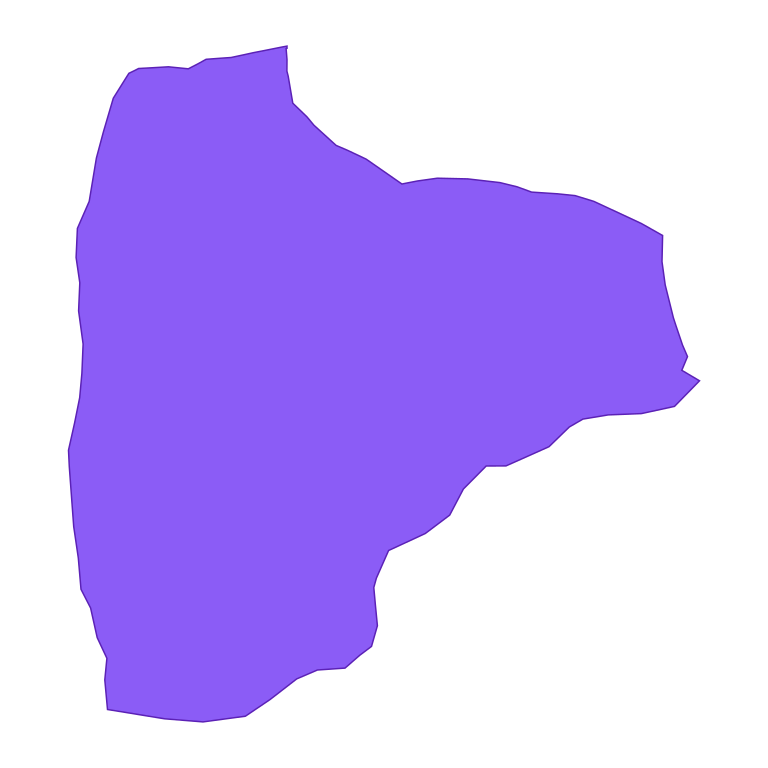 the district of Etrek, Balkan, Turkmenistan
{"feature_id": "10190150B33098588070062", "entity_name": "Etrek", "entity_type": "district", "adm_level": 2, "iso_a3": "TKM", "parent_name": "Turkmenistan", "parent_adm1": "Balkan", "projection": "orthographic", "projection_center": [54.674, 38.185], "detail": "fine", "context": "isolated", "style": "filled", "palette": "violet", "viewbox_px": 768, "rotation_deg": 0, "n_neighbors": 0, "source": "geoboundaries", "source_scale": "gbopen_adm2", "svg_char_len": 1313}
<svg xmlns="http://www.w3.org/2000/svg" viewBox="0 0 768 768"><path d="M113.3,98.2L103.4,131.9L96.4,158.0L89.2,201.4L77.4,228.4L76.1,257.5L79.8,282.8L78.6,310.9L83.1,344.0L81.9,373.2L79.7,397.6L74.6,422.9L68.5,450.2L69.3,466.8L71.9,502.0L73.7,526.5L78.3,557.9L81.0,589.3L90.6,608.0L97.2,637.6L106.9,658.3L104.8,679.9L107.5,709.5L164.6,718.8L203.0,721.9L245.4,716.2L270.1,699.5L296.7,678.9L317.4,670.0L345.0,668.1L359.7,655.3L371.5,646.4L377.4,625.7L375.4,605.1L373.8,587.5L376.4,578.1L388.6,550.5L425.3,533.5L449.7,515.1L463.4,489.0L486.2,466.0L506.0,465.9L549.0,446.7L569.3,427.0L582.9,419.1L608.2,414.9L641.4,413.6L672.6,406.8L674.5,406.4L691.8,388.7L698.9,381.4L699.5,380.8L681.8,370.3L687.5,356.6L682.5,345.0L675.8,325.2L673.4,317.8L665.2,284.9L662.0,261.6L662.6,235.5L641.0,223.3L640.5,223.1L593.9,201.4L575.1,195.6L557.5,193.8L531.6,192.1L517.1,186.8L500.0,182.6L467.8,178.9L437.3,178.2L417.3,181.0L401.9,184.0L366.1,159.1L347.5,150.3L336.1,145.4L313.9,125.2L307.0,116.9L292.8,103.2L288.2,76.2L286.9,71.1L287.0,59.6L286.1,48.5L287.0,48.3L287.0,46.1L282.1,47.0L264.1,50.6L253.3,52.7L244.2,54.7L231.1,57.5L219.5,58.3L206.1,59.3L205.2,59.8L197.8,63.9L188.3,68.8L172.3,67.2L168.5,66.8L148.0,68.0L138.6,68.5L134.7,70.5L128.9,73.3L125.3,79.0L113.3,98.2Z" fill="#8b5cf6" stroke="#5b21b6" stroke-width="1.5"/></svg>